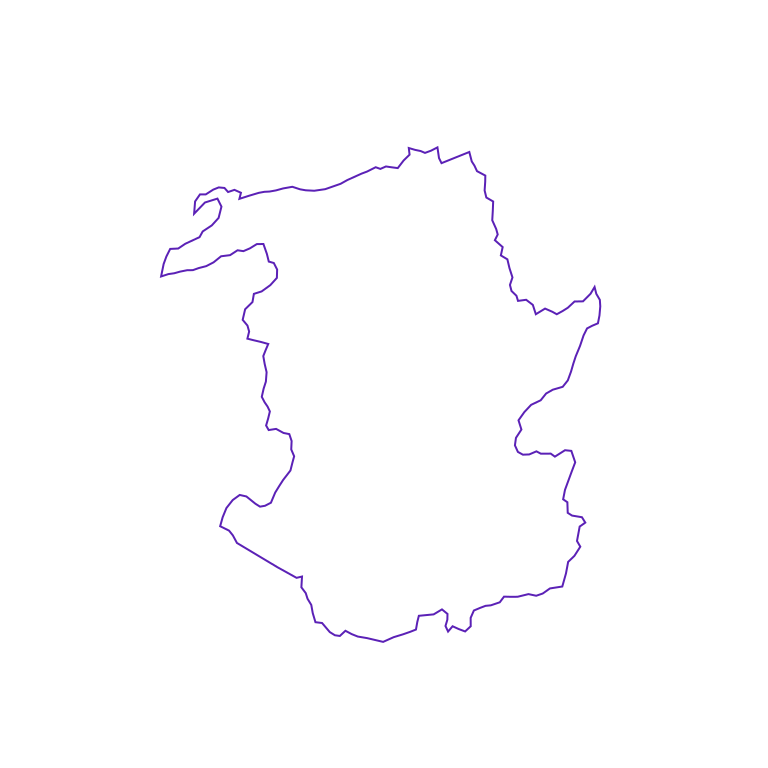 outline of Barra do Chapéu, São Paulo, Brazil, rotated 28°
{"feature_id": "56859067B85491163367944", "entity_name": "Barra do Chapéu", "entity_type": "district", "adm_level": 2, "iso_a3": "BRA", "parent_name": "Brazil", "parent_adm1": "São Paulo", "projection": "equal_earth", "projection_center": [-49.1, -24.442], "detail": "fine", "context": "isolated", "style": "outline", "palette": "violet", "viewbox_px": 768, "rotation_deg": 28, "n_neighbors": 0, "source": "geoboundaries", "source_scale": "gbopen_adm2", "svg_char_len": 3225}
<svg xmlns="http://www.w3.org/2000/svg" viewBox="0 0 768 768"><g transform="rotate(28 384 384)"><path d="M350.4,139.1L341.2,150.0L331.1,162.0L326.5,158.7L320.1,150.0L316.0,155.9L311.7,160.7L307.0,161.1L301.5,162.7L295.1,164.0L298.9,169.5L296.4,177.4L294.8,186.9L288.4,189.3L283.6,191.0L279.8,195.8L274.9,196.5L269.3,204.4L265.5,208.7L255.9,221.1L251.7,227.6L240.6,239.6L231.7,246.1L224.0,249.7L218.5,251.5L210.5,252.9L203.1,258.7L197.7,263.8L192.6,267.8L188.1,270.5L183.7,274.0L176.4,281.2L169.4,288.4L167.9,282.3L160.8,282.8L156.2,287.7L151.1,285.8L145.8,288.0L142.0,292.5L137.6,300.3L132.5,303.0L131.5,311.5L136.4,322.8L140.7,307.8L149.9,298.5L157.2,303.7L160.0,315.0L157.5,324.8L152.3,334.4L152.2,340.9L142.7,353.5L138.7,361.0L131.8,365.1L132.0,373.6L133.1,381.5L136.7,393.7L142.0,388.2L146.8,384.7L151.2,380.5L156.7,376.0L161.8,373.2L166.0,368.6L171.7,363.4L176.4,356.6L180.2,347.7L187.6,342.5L191.9,334.7L197.5,332.7L201.9,327.2L206.0,320.2L211.8,317.0L219.5,324.1L224.8,330.0L229.9,328.9L235.9,333.1L239.6,340.6L237.2,350.1L232.5,359.7L226.8,365.5L229.4,373.4L226.3,383.2L229.1,393.7L236.0,396.5L240.3,401.0L242.1,408.1L247.8,406.7L255.4,404.7L263.0,403.0L263.6,409.8L264.3,416.0L269.3,422.4L274.8,428.7L278.6,437.4L279.9,444.6L282.1,452.7L287.2,456.2L291.8,458.6L296.1,461.8L297.9,468.8L299.4,476.0L303.8,478.8L309.8,474.3L318.3,474.4L323.9,472.7L329.2,477.7L332.8,485.3L338.6,490.0L340.0,496.2L342.0,504.3L340.0,516.0L339.4,523.1L338.9,530.9L339.9,541.9L336.1,547.4L332.1,550.5L326.7,550.1L315.3,547.9L308.7,549.7L304.9,557.5L303.1,567.5L304.1,577.4L306.1,586.5L316.0,586.2L321.6,588.6L328.8,593.4L375.9,595.8L397.8,596.2L402.0,592.5L406.5,602.3L413.1,605.4L417.3,609.5L423.5,613.2L428.6,619.7L435.3,626.5L441.5,624.1L452.6,628.5L458.6,628.9L463.3,627.2L465.8,620.0L472.9,620.0L479.4,619.3L488.4,616.3L504.3,612.1L511.4,603.0L518.3,596.1L523.4,590.6L527.5,585.8L525.1,578.4L523.6,572.3L536.0,564.1L541.0,555.8L548.0,557.2L550.6,562.4L551.9,568.8L556.8,572.5L558.3,565.7L564.9,565.3L571.8,564.4L574.3,557.2L570.3,549.8L569.7,541.8L574.1,536.4L577.8,532.2L582.2,529.3L588.7,522.4L589.8,515.4L596.2,512.2L601.9,509.1L610.2,501.7L617.8,499.5L622.5,494.5L626.5,486.6L636.5,479.1L633.6,465.8L630.1,454.6L632.8,446.4L633.7,435.5L628.1,432.0L623.7,418.0L626.8,411.9L621.3,408.7L611.8,411.9L606.7,411.5L601.4,402.3L596.3,401.7L593.5,392.5L590.9,373.6L589.6,363.4L580.8,355.1L574.9,357.5L569.0,367.9L563.9,367.2L555.2,371.9L550.2,371.9L545.3,378.0L539.8,381.2L534.1,381.1L528.4,376.7L525.8,369.6L526.7,359.7L519.8,352.9L521.1,342.9L523.7,333.3L530.0,324.8L531.6,316.3L535.7,309.8L543.1,302.6L544.6,294.5L543.3,285.2L541.6,277.1L540.3,269.6L539.2,258.3L537.4,247.4L537.2,239.6L540.5,234.8L544.4,230.0L542.1,222.4L538.5,213.9L535.1,208.4L529.1,204.7L524.4,199.5L524.0,207.4L520.9,217.6L513.5,221.7L510.5,230.4L507.4,235.8L503.8,241.3L498.7,241.2L490.8,241.8L485.3,251.1L478.3,244.3L470.0,242.9L463.3,247.7L459.5,243.9L452.9,242.0L448.7,237.4L447.4,229.6L440.4,222.8L434.4,216.0L426.8,215.6L424.5,207.4L414.4,205.0L414.2,198.6L410.3,194.5L402.7,188.6L398.8,180.1L394.7,171.6L386.8,171.3L382.0,165.9L378.4,157.9L375.6,152.4L366.2,152.4L361.3,148.7L357.0,146.3L350.4,139.1Z" fill="none" stroke="#5b21b6" stroke-width="2"/></g></svg>